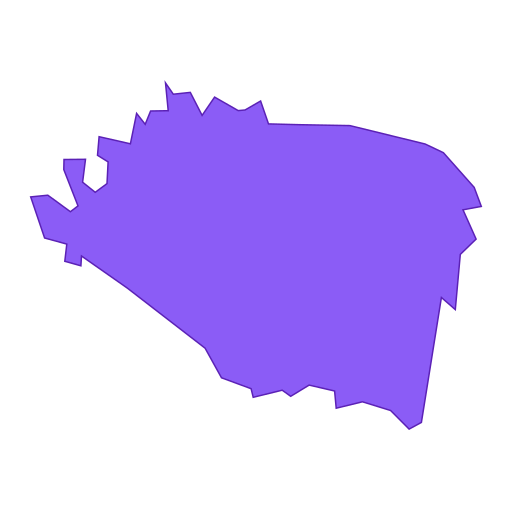 Jefferson, Tennessee, United States of America (Natural Earth projection)
{"feature_id": "52423323B28342113074407", "entity_name": "Jefferson", "entity_type": "district", "adm_level": 2, "iso_a3": "USA", "parent_name": "United States of America", "parent_adm1": "Tennessee", "projection": "natural_earth1", "projection_center": [-83.496, 36.043], "detail": "fine", "context": "isolated", "style": "filled", "palette": "violet", "viewbox_px": 512, "rotation_deg": 0, "n_neighbors": 0, "source": "geoboundaries", "source_scale": "gbopen_adm2", "svg_char_len": 808}
<svg xmlns="http://www.w3.org/2000/svg" viewBox="0 0 512 512"><path d="M481.3,206.4L474.2,187.4L443.4,152.7L425.1,144.0L349.9,125.6L299.7,124.7L268.5,123.9L260.6,101.0L245.0,110.0L238.2,110.6L214.6,97.1L202.1,115.4L190.3,92.4L173.3,94.2L165.5,82.9L168.2,110.7L150.6,111.0L145.2,124.3L136.6,113.4L130.4,143.8L99.1,136.7L97.5,155.3L108.1,161.9L107.0,183.6L95.2,192.3L82.6,182.2L85.5,159.3L64.0,159.5L63.8,169.6L78.0,205.9L70.4,211.7L47.8,195.2L30.7,196.9L44.6,238.0L66.8,244.1L64.8,261.3L80.9,265.8L81.5,256.0L127.3,288.1L205.1,348.2L221.5,377.8L251.1,388.7L253.2,397.3L282.2,390.2L290.7,396.3L309.1,385.1L334.6,391.0L336.2,408.2L362.4,401.8L390.6,410.5L409.1,429.1L421.4,422.4L441.4,297.5L455.3,309.6L460.3,254.4L476.1,239.1L463.0,209.8L481.3,206.4Z" fill="#8b5cf6" stroke="#5b21b6" stroke-width="1.5"/></svg>